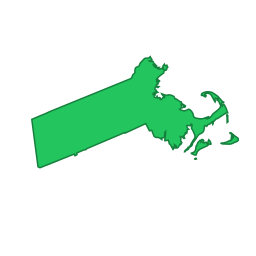 the State of Massachusetts, rotated 336°
{"feature_id": "USA-3513", "entity_name": "Massachusetts", "entity_type": "State", "adm_level": 1, "iso_a3": "USA", "parent_name": "United States of America", "parent_adm1": "", "projection": "natural_earth1", "projection_center": [-70.926, 42.063], "detail": "fine", "context": "isolated", "style": "filled", "palette": "green", "viewbox_px": 256, "rotation_deg": 336, "n_neighbors": 0, "source": "natural_earth", "source_scale": "10m", "svg_char_len": 6076}
<svg xmlns="http://www.w3.org/2000/svg" viewBox="0 0 256 256"><g transform="rotate(336 128 128)"><path d="M156.5,154.6L156.7,154.0L159.7,149.1L161.1,146.3L160.2,146.6L159.6,147.5L157.8,150.7L157.5,151.1L156.9,151.4L155.0,150.8L154.7,151.2L154.2,152.3L152.5,149.5L151.4,148.8L150.3,148.3L149.4,147.6L148.8,146.8L148.5,146.3L148.4,145.8L148.6,143.1L148.5,142.1L148.8,140.6L148.7,139.8L148.5,139.6L148.0,139.5L147.0,139.6L146.6,139.4L146.4,139.1L146.0,131.2L123.3,131.5L123.3,130.8L81.9,130.1L80.9,130.6L80.4,130.6L78.5,130.1L71.0,130.0L70.6,131.6L68.3,131.8L68.2,130.0L65.3,129.8L31.4,128.5L30.0,126.8L43.6,81.0L52.7,81.1L58.1,81.3L63.0,81.2L150.4,84.0L151.4,83.8L152.2,83.2L153.8,81.6L154.2,81.3L156.5,80.5L157.0,79.9L157.7,78.2L158.2,77.4L158.9,76.6L159.5,76.1L160.4,75.9L162.6,76.0L163.1,75.9L163.8,75.4L165.0,74.1L165.9,73.5L171.2,71.3L171.7,71.3L172.4,71.3L174.2,72.1L175.3,72.4L177.3,71.9L177.2,72.4L177.7,74.8L177.6,75.4L177.1,75.6L174.6,75.4L175.1,76.1L175.7,76.4L176.8,76.9L177.6,76.9L177.7,77.1L178.0,77.7L177.8,78.6L179.4,83.0L179.0,83.5L177.4,81.2L176.8,80.7L177.0,82.8L178.1,84.0L181.2,85.4L180.4,85.8L179.4,85.8L180.4,87.0L183.4,87.3L183.5,88.2L184.5,88.8L184.7,88.1L184.6,86.3L185.1,85.7L185.8,85.2L187.2,84.5L187.1,85.5L187.3,86.0L187.8,86.3L188.5,86.3L189.1,86.5L188.9,87.6L189.1,88.2L189.1,88.6L188.4,88.6L188.0,89.0L187.7,89.6L187.2,90.1L186.4,90.7L185.4,90.5L185.2,90.2L184.9,90.1L184.3,90.5L183.0,92.2L177.5,93.5L174.7,94.6L173.8,95.3L174.2,95.7L173.4,96.5L173.1,97.7L173.8,97.3L175.1,96.2L175.3,96.9L175.9,97.5L176.0,97.9L175.0,98.2L173.1,100.0L171.8,100.0L171.4,100.2L171.2,101.1L171.7,101.8L173.1,102.8L171.7,103.2L170.2,101.5L169.2,102.1L168.6,103.0L168.5,103.6L169.0,104.7L169.3,106.9L169.7,107.5L168.9,107.4L168.0,106.4L167.3,106.1L166.8,106.3L166.8,106.8L167.3,107.2L167.8,107.5L166.8,107.7L165.1,106.6L164.5,107.5L165.6,107.9L166.1,108.3L166.3,108.9L165.5,109.0L164.8,109.4L164.6,110.1L165.0,111.1L165.7,111.6L166.2,111.6L167.5,110.9L167.2,112.7L168.0,113.0L169.2,113.0L169.7,113.9L169.6,114.3L169.0,114.8L169.0,115.1L169.6,115.5L169.9,115.6L170.0,115.3L170.4,115.3L171.2,115.0L172.7,114.1L173.3,115.0L174.0,114.8L174.4,114.0L174.4,113.6L173.7,113.2L173.1,112.3L172.7,111.2L172.7,110.4L175.0,112.7L176.4,113.7L179.0,114.4L180.2,115.1L181.3,116.1L182.7,117.7L182.8,118.2L182.8,120.4L183.1,120.4L183.8,121.0L184.7,122.4L186.1,124.8L187.3,125.9L187.0,127.1L187.5,128.2L189.2,130.7L189.5,131.1L189.2,131.6L188.7,132.0L188.1,132.1L187.5,131.9L187.0,131.6L188.1,131.1L187.4,129.2L186.9,128.2L186.4,127.8L186.0,128.3L185.5,131.6L184.5,131.2L184.1,131.3L182.7,132.1L186.0,135.2L188.8,135.6L190.9,135.4L192.0,136.4L192.9,138.7L193.2,141.4L192.8,143.2L192.7,145.0L194.3,146.8L197.9,149.1L200.0,149.9L206.9,150.5L206.0,150.8L204.0,150.8L203.3,151.2L203.6,151.6L204.7,151.9L206.9,151.9L208.6,151.3L211.4,149.7L218.1,147.9L220.7,146.7L221.9,144.9L221.7,142.9L221.8,140.4L220.7,138.7L221.3,138.7L222.6,138.2L222.6,137.7L221.6,137.6L220.3,136.6L219.8,136.3L219.0,136.7L218.8,138.9L218.1,139.6L217.5,132.6L217.3,131.4L216.4,129.7L214.3,128.3L212.8,127.9L211.5,128.9L211.3,129.7L212.5,129.7L212.5,130.4L211.5,131.1L210.8,130.5L209.2,128.3L208.4,128.1L208.5,127.6L208.9,127.1L209.3,126.7L210.0,126.5L211.3,126.4L213.8,126.7L215.4,127.2L217.4,128.3L219.1,129.5L221.1,132.4L222.9,135.5L225.0,142.1L226.0,143.4L225.7,143.8L225.3,143.9L224.5,143.3L223.9,143.1L223.4,143.4L223.2,145.3L223.0,146.3L224.3,145.5L225.1,145.6L225.5,146.6L225.6,150.1L225.3,154.7L223.1,154.2L214.4,155.7L211.8,155.7L210.0,156.5L208.8,156.9L208.3,157.4L207.5,158.7L207.0,159.1L207.1,158.4L207.6,156.7L206.8,156.8L205.3,157.5L204.5,157.6L202.7,157.4L201.9,157.6L201.1,158.3L200.5,158.5L199.7,157.3L199.0,157.1L198.5,157.7L196.8,160.4L195.7,161.7L194.3,162.4L192.8,162.7L190.9,162.7L189.3,163.1L185.9,165.3L184.4,164.6L185.7,163.3L186.2,161.4L186.2,156.1L185.9,155.0L185.9,154.0L186.2,153.4L186.9,152.8L187.3,152.2L187.0,151.4L187.8,150.9L187.4,150.2L186.9,150.1L186.4,150.6L186.2,151.4L185.9,151.4L184.1,150.2L183.0,149.7L182.5,149.8L182.3,152.0L182.4,152.9L182.9,153.8L181.4,153.6L180.9,154.4L180.5,155.5L179.5,156.7L178.9,155.7L178.2,155.8L177.8,156.3L177.8,156.9L176.9,157.4L175.9,157.9L175.4,157.8L175.7,159.6L175.6,160.4L175.0,160.4L174.6,160.1L174.0,158.3L172.3,157.1L172.2,158.8L171.5,160.0L170.9,161.2L171.2,163.3L170.0,164.2L169.3,164.6L168.6,164.6L168.7,164.2L166.3,165.9L164.9,166.3L163.3,165.6L164.4,165.1L164.7,164.2L164.4,163.2L163.7,162.3L163.7,163.7L163.1,164.1L161.1,163.7L161.8,165.1L160.4,165.9L159.9,160.2L159.3,159.4L159.9,155.6L156.5,154.6ZM190.4,171.7L191.1,172.4L191.9,172.7L193.6,172.7L194.2,176.2L193.2,176.5L185.5,176.6L183.8,177.0L182.3,177.6L181.0,178.4L179.4,180.3L178.9,180.3L177.8,179.7L176.2,177.8L175.6,177.3L175.6,176.8L179.1,176.8L180.6,175.6L181.3,174.7L182.8,172.3L184.2,171.4L185.8,169.8L188.8,168.5L189.5,168.7L188.9,170.3L189.7,169.9L190.7,168.6L191.5,168.9L192.1,169.9L192.0,170.6L191.5,171.1L190.4,171.7ZM219.0,174.2L219.1,173.9L219.8,174.0L220.4,174.6L221.7,177.6L223.4,180.4L224.4,182.2L223.9,184.0L222.0,184.7L219.7,184.5L216.7,184.6L214.5,184.2L208.0,181.1L206.8,180.0L207.1,179.8L208.0,179.9L208.8,180.5L213.2,181.0L215.2,180.8L216.2,180.9L216.7,181.2L217.1,181.2L217.5,181.1L218.1,180.4L219.5,180.0L220.3,179.3L220.9,178.4L221.3,177.5L220.2,177.8L218.7,179.4L217.9,179.8L219.6,177.0L220.0,175.5L219.0,174.2ZM179.1,168.2L183.0,165.4L183.9,165.6L184.7,166.0L180.4,168.4L180.4,168.9L179.8,169.5L178.6,170.3L176.3,170.7L175.9,170.2L176.6,169.7L177.4,169.9L179.1,168.2ZM194.5,174.1L195.3,173.5L196.2,172.3L197.0,171.6L197.5,172.7L197.6,174.9L197.5,175.9L197.2,176.5L196.5,176.4L195.6,175.8L194.9,174.9L194.5,174.1ZM223.4,156.2L223.9,156.3L224.1,156.6L224.2,157.6L223.3,159.0L221.9,163.0L220.8,163.3L223.0,158.0L223.4,156.2ZM174.2,171.0L174.8,170.3L175.4,171.3L175.1,171.6L173.9,172.1L172.3,172.1L171.1,172.4L170.5,172.9L170.0,172.7L170.4,172.2L171.2,171.7L172.0,171.6L172.7,171.1L174.2,171.0ZM176.4,183.3L176.9,183.3L177.3,183.1L178.0,183.5L178.0,184.1L176.8,184.0L176.3,183.5L176.4,183.3Z" fill="#22c55e" stroke="#15803d" stroke-width="1.5"/></g></svg>